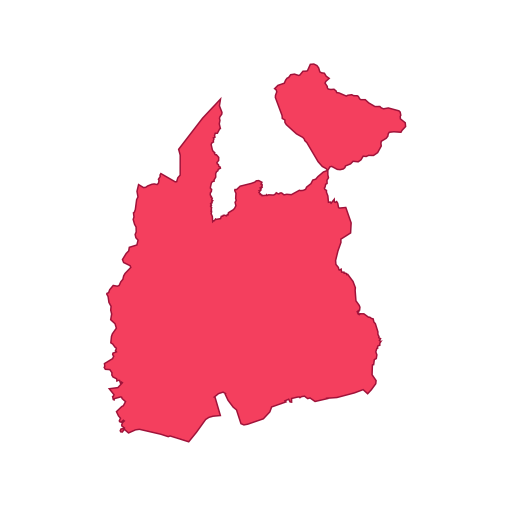 Lahat, Sumatera Selatan, Indonesia (Albers equal-area conic projection), rotated 162°
{"feature_id": "22746128B84107388414918", "entity_name": "Lahat", "entity_type": "district", "adm_level": 2, "iso_a3": "IDN", "parent_name": "Indonesia", "parent_adm1": "Sumatera Selatan", "projection": "albers", "projection_center": [103.338, -3.877], "detail": "fine", "context": "isolated", "style": "filled", "palette": "rose", "viewbox_px": 512, "rotation_deg": 162, "n_neighbors": 0, "source": "geoboundaries", "source_scale": "gbopen_adm2", "svg_char_len": 6141}
<svg xmlns="http://www.w3.org/2000/svg" viewBox="0 0 512 512"><g transform="rotate(162 256 256)"><path d="M161.2,315.3L165.9,315.1L172.5,312.4L175.5,310.6L178.5,310.7L181.4,307.8L186.6,305.9L188.2,304.1L190.8,303.8L193.4,304.4L194.4,305.1L203.4,303.4L207.7,305.2L210.5,305.5L212.1,308.0L213.6,308.5L214.7,308.0L215.6,308.2L217.2,309.9L218.2,309.0L220.5,308.5L225.1,310.3L226.8,310.1L227.0,311.0L227.6,310.6L231.6,311.5L231.5,312.2L233.0,313.2L232.5,313.7L233.6,315.4L232.3,316.4L232.7,317.1L231.3,317.0L231.4,317.6L230.3,318.2L231.0,319.4L229.0,319.5L229.2,320.2L228.8,320.2L228.1,321.9L228.3,322.3L229.2,321.8L228.7,322.1L229.0,322.7L227.6,324.3L230.1,326.9L232.5,327.4L234.4,326.6L238.1,326.5L249.5,327.3L253.9,325.2L255.5,325.7L256.0,324.7L255.7,321.7L257.6,316.9L257.6,315.1L259.3,313.5L259.6,310.0L261.7,307.9L263.4,307.0L268.8,305.7L269.9,303.8L270.6,304.2L271.6,303.3L273.5,304.6L274.7,304.8L275.3,304.1L276.7,304.5L278.2,302.5L282.5,303.1L283.0,303.7L284.7,302.4L285.3,302.6L286.6,302.0L285.3,307.1L285.6,310.1L284.5,311.8L285.0,312.6L284.1,313.4L284.2,314.2L283.2,315.8L283.9,317.0L282.8,317.8L283.3,318.5L282.5,319.1L282.8,320.0L281.3,320.2L281.4,321.1L280.0,322.0L280.8,323.1L279.7,324.5L280.5,325.6L280.0,326.5L280.6,327.2L280.5,328.8L279.7,330.4L278.6,331.0L277.6,333.1L278.4,334.3L278.1,335.5L275.9,339.2L274.5,340.2L272.7,340.1L272.4,341.3L269.9,343.5L268.9,346.8L267.5,348.4L266.0,348.8L265.1,350.1L262.7,350.5L262.6,351.7L263.6,352.6L263.5,354.6L264.3,355.4L264.3,357.0L262.0,358.4L261.0,361.3L262.4,364.6L263.4,364.9L263.8,366.5L263.3,367.1L264.4,368.7L264.7,370.5L264.2,375.9L263.2,377.1L261.2,377.6L261.1,378.7L259.9,380.2L260.0,381.5L258.3,381.7L258.2,383.4L256.9,385.3L254.8,384.7L251.2,388.2L250.5,388.2L250.1,393.0L248.4,396.1L248.2,398.2L247.4,399.5L244.7,401.5L244.0,403.1L244.4,410.1L241.3,416.2L264.2,403.6L296.6,381.4L296.9,375.4L303.1,356.4L306.2,354.5L308.5,351.2L309.9,351.5L321.0,363.8L322.3,362.6L322.4,361.3L325.1,359.1L324.9,357.8L326.2,355.5L327.9,354.5L330.6,356.0L333.0,356.4L337.4,356.1L339.6,355.4L341.8,355.8L345.6,360.2L349.2,354.3L350.0,348.6L352.1,346.5L356.5,337.3L358.4,335.0L359.2,334.9L360.0,330.8L361.5,328.8L361.7,323.6L361.1,320.6L362.5,315.9L364.3,313.8L364.6,310.5L363.3,307.5L365.9,303.3L373.8,303.4L375.5,300.2L378.7,298.5L384.1,293.9L383.9,290.7L378.7,285.7L378.6,283.8L385.9,279.9L388.0,278.0L389.8,275.0L392.6,273.2L395.2,270.3L397.2,270.1L400.9,272.1L405.5,269.2L407.5,266.7L409.3,266.5L409.7,265.9L409.2,263.2L410.2,257.3L409.4,252.9L410.9,249.4L411.2,245.4L413.9,240.3L411.0,235.2L411.1,230.5L416.6,226.4L418.3,224.2L420.9,218.3L419.5,216.6L418.2,212.7L417.6,212.3L417.5,210.9L418.9,209.4L418.4,208.0L422.1,207.8L422.8,206.5L422.3,204.7L424.1,202.7L433.4,200.5L433.9,197.8L434.8,197.0L434.3,194.8L430.1,193.1L429.1,189.5L429.9,187.3L429.4,185.1L426.5,182.3L426.9,180.1L425.4,180.3L424.2,179.8L424.2,177.3L423.0,177.8L422.2,176.8L428.0,173.5L436.6,175.1L433.9,168.0L434.9,166.7L435.8,166.7L436.1,163.6L435.4,163.0L434.8,164.1L428.2,163.8L427.4,163.1L427.4,161.8L425.1,157.8L428.4,154.6L430.2,154.3L436.8,151.1L436.2,146.5L435.0,143.6L436.9,141.5L436.9,140.6L435.6,139.6L432.9,140.8L432.2,139.8L434.4,138.8L436.0,136.8L436.0,135.5L434.2,133.1L434.4,132.7L437.8,133.2L439.1,131.8L439.0,130.6L437.5,129.9L435.6,131.3L434.5,131.4L431.9,127.1L424.3,127.9L420.4,127.2L401.6,115.9L395.3,111.3L393.3,111.4L377.4,100.1L367.2,106.7L354.4,116.1L350.6,117.1L346.3,116.9L339.2,115.3L338.6,134.5L339.1,134.8L334.2,136.7L329.4,136.7L327.5,134.6L328.0,134.1L327.2,127.5L324.4,119.3L322.1,115.7L322.1,101.2L319.7,99.1L315.9,98.6L299.3,98.9L291.0,103.5L287.8,107.6L272.6,108.0L273.2,109.3L269.2,109.7L268.7,106.7L267.3,106.0L266.2,109.5L260.2,109.0L258.4,108.6L258.0,107.7L256.2,108.2L253.2,107.7L250.9,104.4L248.5,104.3L244.8,99.4L232.2,98.3L232.4,98.8L222.8,96.4L204.7,95.4L195.4,95.8L192.4,90.5L187.7,93.1L181.6,97.5L180.3,100.4L182.3,107.2L179.2,115.8L178.8,116.5L177.7,116.3L175.5,120.9L173.3,121.3L171.6,124.6L171.7,127.8L169.7,130.7L168.7,130.8L168.6,131.9L167.5,133.0L165.9,132.8L165.2,134.8L164.0,135.8L164.6,135.7L163.8,136.1L164.7,137.6L163.1,138.9L164.5,140.4L163.9,141.4L164.3,143.8L163.5,146.2L163.4,154.7L164.3,156.9L164.0,160.0L165.4,160.9L166.7,162.6L167.9,163.0L171.3,167.7L174.6,168.8L176.0,168.3L176.7,169.3L175.8,169.4L176.9,170.8L176.9,171.7L175.4,171.4L175.5,172.5L174.2,172.5L173.0,175.2L173.1,177.2L174.8,182.5L172.3,192.8L171.3,195.1L171.6,201.8L174.4,210.1L175.5,210.3L175.3,211.2L176.2,212.0L177.5,212.3L177.3,213.4L179.6,214.2L179.1,217.2L180.9,216.8L181.4,217.3L181.2,219.7L182.6,223.3L181.7,227.1L176.5,235.5L171.0,242.7L170.1,245.8L158.9,248.7L155.3,258.1L155.6,274.4L161.9,275.8L162.5,276.6L162.0,280.9L162.5,282.9L164.1,282.5L164.8,283.4L164.1,285.7L168.3,283.0L168.7,284.4L170.5,284.7L169.1,290.9L169.3,294.9L168.7,296.6L169.9,298.0L170.0,299.5L169.0,300.2L167.6,302.7L166.0,303.0L165.1,306.1L162.9,308.0L162.6,311.0L161.2,315.3ZM186.6,409.4L185.5,408.0L185.5,405.7L187.8,402.8L188.6,400.8L187.8,381.5L188.5,378.7L186.5,376.5L187.2,374.1L186.6,371.6L179.8,359.7L174.8,354.3L173.9,352.1L174.0,350.7L172.6,348.1L167.8,326.5L165.3,320.7L162.4,317.6L161.2,315.3L158.1,318.0L156.3,317.8L152.0,313.3L149.3,312.1L146.1,311.8L144.1,312.6L143.1,314.0L137.6,314.4L134.4,316.1L129.7,314.0L126.5,315.0L123.2,317.8L120.5,316.6L117.8,316.9L113.2,315.3L108.4,316.7L102.9,321.9L102.4,324.5L101.4,326.4L95.8,327.7L93.6,329.2L92.5,331.3L91.0,332.5L86.6,331.6L79.9,328.9L78.4,330.3L73.7,332.9L72.9,336.6L76.3,341.8L75.7,344.2L74.8,345.1L74.4,348.3L75.2,349.9L84.4,355.9L89.3,356.6L91.1,358.2L92.0,359.9L96.7,361.4L101.5,366.8L103.8,370.9L108.0,372.3L108.8,373.3L109.4,376.2L110.2,377.1L113.6,378.3L115.1,379.8L119.0,380.5L120.7,380.2L126.6,385.4L128.8,386.5L128.8,388.1L130.3,390.5L133.3,391.2L135.7,392.4L136.2,394.1L135.8,395.2L136.9,399.1L135.6,400.5L131.5,402.3L133.7,405.3L134.5,408.7L137.1,410.0L138.4,411.4L138.3,415.6L139.2,418.3L141.7,420.7L145.1,421.5L149.7,416.4L150.8,416.2L154.2,417.2L158.5,414.5L159.6,414.5L163.2,417.1L167.0,417.7L169.8,415.7L171.5,415.5L173.5,414.1L175.7,411.6L182.4,411.5L186.6,409.4Z" fill="#f43f5e" stroke="#9f1239" stroke-width="1.5"/></g></svg>